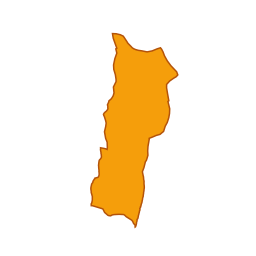 Koubia, Mali, Guinea, rotated 151°
{"feature_id": "49546643B77076064318361", "entity_name": "Koubia", "entity_type": "district", "adm_level": 2, "iso_a3": "GIN", "parent_name": "Guinea", "parent_adm1": "Mali", "projection": "equal_earth", "projection_center": [-11.645, 11.768], "detail": "fine", "context": "isolated", "style": "filled", "palette": "amber", "viewbox_px": 256, "rotation_deg": 151, "n_neighbors": 0, "source": "geoboundaries", "source_scale": "gbopen_adm2", "svg_char_len": 3310}
<svg xmlns="http://www.w3.org/2000/svg" viewBox="0 0 256 256"><g transform="rotate(151 128 128)"><path d="M197.8,77.9L196.6,77.1L190.2,70.5L189.2,69.3L189.4,65.5L187.9,61.4L187.1,60.5L185.7,59.6L183.8,59.6L181.9,58.9L178.6,57.3L177.6,56.8L173.9,54.5L173.2,53.5L172.6,51.4L171.8,49.9L171.3,49.0L169.4,45.5L169.2,43.9L169.4,42.0L168.9,39.2L169.7,38.2L169.8,37.9L169.3,38.0L168.8,38.4L168.5,38.7L168.0,39.1L167.8,39.4L167.6,39.6L167.2,40.0L166.8,40.5L166.6,40.9L166.2,41.4L165.7,41.8L165.2,42.4L164.8,42.9L164.4,43.7L163.9,43.8L163.4,44.0L162.9,44.5L162.0,45.5L161.8,45.8L161.6,46.1L160.9,46.8L160.4,47.3L159.7,48.1L159.4,48.4L158.9,48.9L158.3,49.7L158.1,49.9L157.3,50.5L156.9,51.3L156.7,51.9L156.4,52.0L156.1,52.2L155.8,52.5L155.4,53.0L155.1,52.9L154.8,53.4L154.3,53.7L154.1,54.1L153.8,54.4L153.4,54.8L153.0,55.3L152.6,55.5L152.1,56.0L151.7,56.4L151.1,57.2L150.7,57.7L150.4,58.0L150.1,58.3L149.6,59.0L149.0,59.8L148.4,60.3L147.9,60.8L147.3,61.7L146.7,62.5L146.2,63.1L145.5,64.2L144.7,65.1L144.2,65.8L143.6,66.7L142.8,67.7L142.1,69.0L141.7,69.9L141.2,71.1L140.8,71.9L140.4,72.6L139.9,73.4L139.5,74.4L139.2,75.6L138.8,76.3L138.4,77.2L138.0,78.2L137.8,79.2L137.5,80.0L137.2,81.0L136.9,81.9L136.6,82.8L133.3,85.6L129.1,90.1L127.7,90.7L125.8,92.5L123.8,94.5L121.9,98.4L119.6,102.0L114.8,108.0L114.5,108.7L110.7,108.2L106.8,107.8L103.1,106.9L98.5,107.8L94.6,111.5L91.0,113.8L87.4,117.2L84.7,120.5L82.2,124.6L80.2,131.9L79.1,132.0L77.1,137.9L74.8,144.4L73.1,147.4L68.8,148.9L64.1,149.4L60.9,149.5L58.7,150.3L58.2,153.6L60.3,161.7L61.1,167.7L61.1,173.5L60.5,177.5L60.4,180.5L60.7,182.4L64.1,183.1L69.4,183.7L74.4,185.3L78.4,188.7L81.4,191.0L83.4,193.0L84.6,194.6L85.4,196.1L85.9,198.2L87.0,202.1L87.1,204.5L87.6,210.6L89.5,213.3L92.7,216.2L95.8,218.1L96.6,215.9L97.4,213.6L98.4,207.6L99.0,203.8L99.1,203.2L100.3,203.1L101.5,198.9L105.9,195.0L110.1,190.1L112.0,186.2L113.2,180.8L114.8,176.5L115.9,174.4L120.9,170.9L123.2,165.5L125.3,163.4L127.3,162.2L129.2,161.4L130.7,161.2L131.5,161.0L132.0,160.4L132.5,159.9L134.8,158.2L135.0,157.0L135.1,156.8L135.6,156.0L135.8,155.6L136.2,154.6L137.2,153.9L137.7,153.7L138.2,153.5L138.9,153.2L139.5,153.1L140.0,153.1L140.8,152.8L141.3,152.7L141.8,152.5L142.4,152.1L142.8,151.9L142.9,151.4L143.1,150.7L143.1,149.8L143.2,149.2L144.0,145.2L144.7,142.9L146.8,140.1L150.4,136.1L152.6,129.7L153.1,125.7L155.6,120.8L156.7,119.4L157.5,120.5L158.8,121.7L161.6,124.0L162.0,123.2L162.4,122.7L162.6,122.3L163.0,121.3L163.2,120.6L163.5,119.7L163.8,119.1L164.1,118.5L164.2,117.7L164.7,116.8L164.9,116.3L165.0,116.0L165.3,115.6L165.6,115.1L166.2,114.8L166.5,114.6L167.3,114.2L168.4,113.9L168.9,113.6L169.5,112.9L170.2,112.0L170.7,111.3L171.4,110.3L171.9,109.6L172.2,108.8L172.7,107.9L173.0,107.1L173.4,106.4L173.7,105.3L174.4,104.3L174.7,103.5L175.2,102.5L175.5,101.7L176.0,101.1L176.6,100.3L177.0,100.1L177.6,99.6L178.4,99.4L179.0,99.6L179.6,99.8L180.3,99.9L181.1,100.2L181.4,99.7L182.1,99.7L182.5,99.4L182.8,99.2L183.2,99.1L183.6,98.9L184.1,98.6L184.6,98.2L184.9,97.8L185.4,97.3L186.2,97.0L187.1,96.5L187.6,95.8L188.3,95.1L189.2,94.0L189.7,93.3L190.3,92.1L190.8,90.7L191.5,89.3L191.7,88.3L191.9,87.3L192.3,85.9L192.5,85.1L193.1,84.2L193.6,83.2L194.2,82.2L194.6,81.7L195.3,80.9L195.9,80.2L196.8,79.5L197.1,79.4L197.5,78.3L197.8,77.9Z" fill="#f59e0b" stroke="#b45309" stroke-width="1.5"/></g></svg>